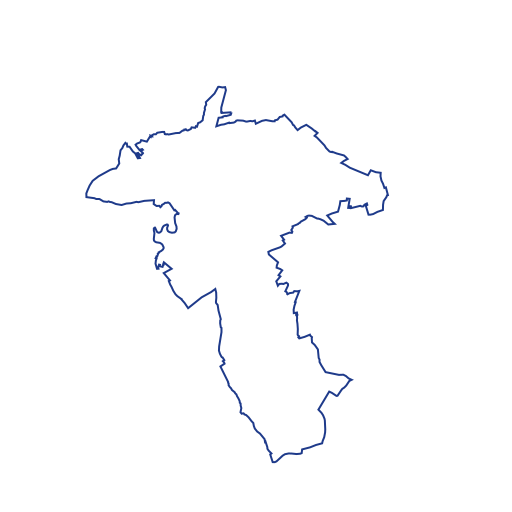 Iernut, Mures, Romania (Natural Earth projection), rotated 311°
{"feature_id": "2599482B14234854366201", "entity_name": "Iernut", "entity_type": "district", "adm_level": 2, "iso_a3": "ROU", "parent_name": "Romania", "parent_adm1": "Mures", "projection": "natural_earth1", "projection_center": [24.221, 46.434], "detail": "fine", "context": "isolated", "style": "outline", "palette": "blue", "viewbox_px": 512, "rotation_deg": 311, "n_neighbors": 0, "source": "geoboundaries", "source_scale": "gbopen_adm2", "svg_char_len": 6100}
<svg xmlns="http://www.w3.org/2000/svg" viewBox="0 0 512 512"><g transform="rotate(311 256 256)"><path d="M158.0,428.8L160.1,427.7L164.1,426.3L168.2,423.9L170.6,422.0L177.0,415.9L178.1,414.5L179.8,411.1L180.6,408.3L181.0,403.9L201.7,400.2L202.5,403.1L203.2,408.5L204.0,409.2L210.7,408.4L212.4,408.3L214.5,408.9L217.4,409.1L222.9,408.4L225.3,409.4L224.4,406.2L224.4,402.6L223.7,399.8L220.7,396.6L214.0,384.7L216.4,376.9L217.7,373.5L219.5,371.9L220.2,370.2L226.1,364.0L227.4,358.7L227.5,355.0L230.4,352.1L231.5,351.5L231.5,349.3L232.0,348.3L226.8,345.7L222.2,342.7L222.4,341.3L223.7,341.2L223.7,339.6L224.0,339.0L228.3,335.5L232.0,331.8L234.4,329.0L236.1,327.8L237.3,326.5L238.3,326.1L237.7,325.2L238.3,324.6L239.3,325.0L240.2,324.0L237.7,322.0L240.2,319.6L243.6,317.7L247.1,316.3L246.8,315.6L258.1,311.6L256.5,310.4L254.6,307.9L252.8,308.1L250.0,305.7L247.0,304.6L248.2,304.5L248.9,302.6L248.6,301.3L254.8,299.5L255.8,298.6L255.9,298.2L255.8,296.4L252.8,295.0L252.1,293.8L250.2,291.9L247.9,292.0L250.2,287.9L256.6,287.8L256.3,285.6L262.4,285.2L262.1,282.9L260.7,279.2L262.6,277.9L265.7,276.8L265.6,264.7L267.2,262.6L270.5,264.0L278.1,268.3L279.8,269.0L284.4,269.7L285.3,266.0L286.7,266.5L287.7,261.7L295.6,265.9L297.0,267.9L298.2,267.5L298.8,265.6L301.5,265.2L302.3,264.1L307.7,266.8L308.2,266.7L310.2,267.4L311.1,267.2L315.9,269.0L318.1,269.3L318.2,269.9L318.5,269.0L318.2,267.9L320.0,268.5L321.3,269.5L322.9,271.8L324.4,277.7L325.0,278.3L326.0,280.5L327.0,283.9L327.2,289.9L331.9,294.3L332.0,291.5L333.3,283.2L337.9,285.4L343.3,288.8L349.4,285.8L352.7,283.7L355.7,286.7L357.5,288.1L359.0,286.9L360.6,289.2L352.8,294.0L353.7,295.2L355.2,294.2L355.8,295.0L354.6,296.4L362.3,301.8L362.6,303.0L363.5,304.2L364.0,304.5L365.8,304.2L368.4,305.2L367.6,306.5L365.9,306.0L361.0,313.8L362.1,315.1L364.5,316.9L369.0,318.7L374.0,321.6L378.0,318.3L381.2,316.3L385.8,315.8L387.8,315.1L388.5,315.6L393.0,309.0L391.6,308.3L393.9,304.4L395.2,301.2L397.8,297.7L400.6,295.5L397.9,291.5L396.0,286.4L390.4,287.5L384.2,268.9L383.4,263.6L382.2,259.3L385.5,260.0L389.3,261.5L389.6,258.6L389.6,256.4L386.3,249.6L384.7,245.3L384.4,245.4L383.4,243.8L383.1,242.8L383.5,238.0L384.4,235.1L385.1,227.6L385.4,224.1L385.1,221.4L389.3,221.7L389.2,219.0L388.9,219.0L388.8,214.3L388.0,207.9L382.4,205.6L378.3,204.8L378.8,201.2L379.5,199.1L379.2,198.0L380.3,195.2L381.3,184.7L379.6,184.1L378.8,184.5L376.5,182.7L373.0,182.8L370.9,181.3L369.9,181.7L368.4,179.9L365.1,174.3L362.0,171.9L355.7,169.1L357.5,166.3L355.4,165.0L354.2,163.1L351.5,161.0L350.9,160.3L349.7,157.5L346.3,153.1L345.2,152.3L343.9,152.4L342.1,151.7L338.8,148.7L339.0,148.2L334.5,145.6L332.1,143.5L327.9,141.0L335.8,137.1L338.7,139.8L339.1,139.4L340.3,140.0L341.7,141.0L341.9,141.6L346.0,144.3L347.2,143.8L346.8,143.4L347.7,142.5L341.4,136.2L342.2,135.6L341.9,135.2L345.3,132.4L361.4,124.5L363.2,121.9L361.2,120.1L359.4,117.0L358.8,116.5L351.4,118.1L339.2,117.2L337.5,119.2L335.5,119.5L333.9,120.3L333.3,121.3L329.9,122.8L328.5,124.0L327.1,124.3L323.4,126.7L320.1,126.1L318.5,125.1L314.9,126.6L314.5,125.5L312.9,126.0L310.8,123.0L309.1,123.5L306.0,122.2L305.4,121.0L305.6,119.9L304.8,119.7L304.4,118.9L303.3,119.1L302.5,118.3L298.7,117.5L296.1,114.8L290.4,110.4L289.7,109.0L288.7,108.3L288.6,107.7L288.2,107.2L289.4,105.3L288.2,103.9L284.2,100.6L282.2,100.6L280.8,99.0L279.1,98.4L278.3,99.2L277.6,97.3L276.6,98.5L276.1,97.7L270.7,98.6L268.1,93.3L266.6,93.9L265.5,93.9L263.0,92.5L261.0,92.1L260.5,93.4L259.6,98.4L262.0,99.9L261.9,100.9L259.6,99.8L259.6,102.7L259.1,102.8L259.1,103.3L256.6,103.2L256.2,100.3L256.5,99.4L255.7,98.9L253.8,104.1L252.2,102.7L254.2,97.5L254.1,94.5L255.5,88.9L254.1,87.1L256.1,84.8L255.6,84.4L255.7,83.2L252.5,83.4L249.8,84.3L246.9,84.4L242.3,87.3L239.0,88.9L236.1,92.1L230.3,93.0L227.8,90.8L225.2,89.4L212.9,84.9L205.6,83.4L200.1,84.2L194.9,85.8L191.9,86.9L189.2,89.4L193.6,96.1L194.2,98.0L196.3,100.5L197.1,105.0L199.2,108.2L200.5,108.9L201.0,110.4L201.9,111.7L203.3,116.1L206.3,121.1L210.6,123.8L213.7,126.9L218.5,130.3L219.4,131.9L224.3,135.5L231.2,142.4L228.1,144.7L228.5,148.1L230.5,150.2L230.1,151.8L231.5,152.0L233.0,151.5L234.7,152.2L236.5,152.5L237.7,153.9L238.7,154.4L239.1,156.2L236.9,164.4L237.7,164.7L237.2,169.0L237.4,169.6L236.7,169.9L235.6,168.5L234.3,168.2L233.6,168.2L231.7,169.2L227.8,173.4L226.1,176.6L224.4,178.3L221.9,179.3L220.4,179.1L218.4,177.3L217.2,174.9L217.0,173.2L217.8,171.5L219.0,170.4L221.3,169.6L221.7,168.8L221.4,168.1L218.8,166.8L217.5,166.6L215.9,166.9L212.5,168.3L210.4,167.9L209.5,167.0L209.3,165.3L211.2,161.2L210.9,160.9L209.8,160.8L208.2,162.2L206.7,164.3L201.8,167.7L200.7,168.9L200.6,170.4L200.9,171.7L202.9,174.9L203.1,176.1L203.2,177.7L202.0,180.5L201.4,181.1L199.9,181.5L197.8,181.2L195.0,180.2L194.8,180.6L193.3,180.4L193.1,180.8L190.9,181.7L190.5,181.1L188.5,181.7L188.9,182.6L186.9,183.4L184.3,185.2L181.4,189.7L182.4,190.7L183.2,189.6L185.9,188.5L186.3,189.3L185.0,189.8L186.5,192.6L188.4,191.8L188.6,192.1L189.4,191.8L189.2,191.2L190.8,190.6L191.0,200.7L182.6,197.6L181.1,207.1L179.9,206.6L178.1,210.1L177.4,212.2L175.5,216.4L174.3,220.3L174.1,223.0L174.6,228.0L174.4,228.0L173.7,233.0L172.1,239.0L189.2,242.1L199.4,245.8L204.4,246.9L202.2,250.0L198.4,253.5L194.9,256.0L194.3,256.8L193.9,259.2L190.2,263.5L185.2,270.9L183.9,271.3L181.7,273.1L179.1,276.2L179.1,277.1L175.9,279.9L163.6,287.5L160.3,290.1L158.6,292.8L157.5,295.5L157.2,296.6L157.5,297.4L156.6,300.4L154.9,300.0L154.7,301.8L154.1,302.9L149.3,301.6L142.6,317.7L142.0,318.1L141.8,319.0L140.5,320.1L139.9,322.3L139.8,324.0L139.1,325.7L139.2,329.3L138.7,330.5L138.7,332.0L137.8,333.6L137.0,336.1L135.8,338.8L134.6,340.1L134.6,341.1L133.1,342.5L131.6,344.7L127.9,346.8L127.6,348.7L128.9,349.5L129.1,350.2L128.8,351.2L129.5,352.9L129.4,356.2L128.4,361.1L128.2,363.5L126.3,365.9L125.0,368.3L124.3,372.0L124.6,375.5L123.4,382.6L121.6,384.8L122.2,384.9L119.2,389.9L118.0,391.1L117.4,393.3L117.1,397.2L115.6,396.9L111.4,403.8L112.7,405.4L114.4,406.2L122.8,407.1L125.4,407.9L128.4,410.2L130.3,412.5L133.1,416.5L135.8,419.1L137.2,419.8L140.3,417.7L147.0,422.3L152.8,425.3L158.0,428.8Z" fill="none" stroke="#1e3a8a" stroke-width="2"/></g></svg>